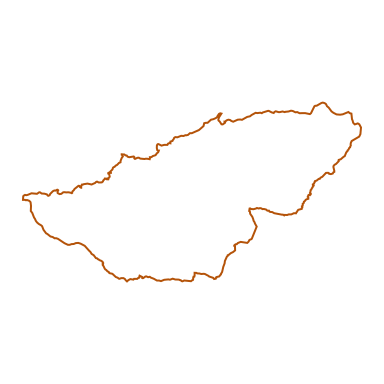 outline of Caineni, Vâlcea, Romania
{"feature_id": "2599482B74506560405437", "entity_name": "Caineni", "entity_type": "district", "adm_level": 2, "iso_a3": "ROU", "parent_name": "Romania", "parent_adm1": "Vâlcea", "projection": "equal_earth", "projection_center": [24.304, 45.515], "detail": "fine", "context": "isolated", "style": "outline", "palette": "amber", "viewbox_px": 384, "rotation_deg": 0, "n_neighbors": 0, "source": "geoboundaries", "source_scale": "gbopen_adm2", "svg_char_len": 6032}
<svg xmlns="http://www.w3.org/2000/svg" viewBox="0 0 384 384"><path d="M214.1,279.0L215.7,278.7L215.8,278.0L216.3,277.8L216.4,277.1L219.3,276.4L220.1,275.2L220.9,274.5L220.9,274.0L222.1,272.0L223.3,266.8L224.6,263.4L224.9,261.0L226.9,256.6L227.8,255.8L227.8,255.2L228.7,254.9L230.7,253.2L233.0,252.1L235.1,250.4L235.0,246.2L234.2,245.8L234.5,245.1L235.6,244.3L236.7,244.2L237.9,243.0L240.7,241.9L247.3,242.9L248.5,241.7L249.5,239.9L251.5,239.1L251.9,238.5L256.7,226.6L254.9,223.4L254.6,222.3L253.6,220.8L253.2,219.1L252.3,216.8L250.2,213.8L249.9,211.6L249.7,211.0L249.2,210.9L249.6,208.5L250.1,208.4L251.1,209.0L253.4,209.2L255.8,208.6L256.9,208.0L258.8,208.5L260.0,208.1L261.4,208.4L262.4,209.1L263.9,209.0L266.0,209.5L267.4,210.7L269.0,210.7L269.4,211.5L270.1,211.9L272.3,212.1L274.2,213.2L282.1,214.7L282.9,214.6L284.2,215.4L284.7,214.9L287.2,215.0L288.7,214.4L291.3,214.4L293.9,213.2L296.0,213.3L296.5,212.2L297.1,211.7L297.6,210.6L298.3,209.8L301.7,208.9L301.7,208.2L302.3,207.6L301.9,206.3L302.7,205.7L302.6,205.1L302.8,204.6L302.7,203.8L303.8,202.9L303.9,201.7L304.8,201.1L305.7,199.8L306.8,199.2L308.3,198.8L308.3,197.5L307.7,196.9L308.5,195.0L309.3,194.7L309.9,195.2L310.7,194.4L310.8,193.7L310.0,192.8L310.4,191.9L310.6,190.2L311.3,189.6L311.8,188.3L312.6,187.4L312.8,186.4L313.6,185.7L312.8,184.8L312.8,184.4L314.1,183.6L314.4,182.2L314.9,181.9L315.0,181.1L316.6,180.6L318.7,178.9L319.7,178.9L320.5,177.7L322.3,176.8L326.0,172.9L328.1,172.8L328.7,173.0L329.1,173.8L330.9,174.1L332.8,173.5L333.3,172.4L334.3,171.9L334.3,170.8L333.4,167.0L333.5,166.1L334.5,164.8L336.1,163.9L338.7,161.2L338.5,160.7L338.7,159.9L340.7,159.3L343.7,156.7L344.7,156.2L346.3,152.3L347.5,151.1L347.5,150.5L348.5,149.6L349.2,148.0L350.1,147.3L350.1,146.8L350.8,145.4L350.6,144.2L350.9,142.7L351.7,141.0L359.2,136.6L360.4,134.1L361.0,127.5L359.3,124.3L357.8,123.4L354.8,124.4L353.5,123.2L353.1,122.5L352.6,120.5L352.0,119.2L351.4,113.6L349.8,113.2L348.4,112.0L342.8,114.3L340.1,114.7L336.5,114.4L333.4,112.8L331.5,111.4L328.7,107.6L327.0,106.2L326.0,104.1L324.6,103.1L322.8,102.6L321.4,103.0L316.7,105.7L315.2,105.8L314.4,106.3L311.0,113.2L309.9,114.1L305.0,113.1L299.5,113.2L297.3,112.1L295.4,112.3L292.8,111.0L291.0,110.7L288.5,111.5L285.5,111.8L284.8,112.1L282.5,111.5L279.9,112.1L278.5,112.1L275.8,111.3L274.5,111.9L273.7,113.0L271.7,112.4L268.8,110.9L267.9,110.9L262.7,112.5L261.8,113.2L260.3,112.7L257.3,113.1L255.6,112.8L251.6,115.0L250.0,116.3L247.2,116.9L242.0,119.8L240.2,119.5L237.7,119.7L233.2,121.7L231.2,120.9L230.3,120.1L228.6,119.7L227.3,120.0L226.0,120.8L225.4,121.7L224.5,121.6L224.5,121.9L225.1,122.3L225.0,122.8L222.7,124.4L221.5,124.3L219.6,121.4L218.7,120.7L218.4,120.2L218.4,119.2L219.1,117.2L221.4,113.6L220.2,113.3L219.0,113.9L217.5,116.1L217.2,117.0L215.8,118.1L213.3,119.2L211.0,119.7L207.6,122.8L205.9,122.8L204.2,123.2L203.5,126.1L199.0,130.0L191.8,133.2L189.9,133.2L188.0,134.9L186.4,135.3L185.4,135.2L183.5,136.0L181.2,135.8L177.4,137.3L175.3,137.1L174.2,137.8L173.5,139.4L172.7,140.2L172.5,140.9L170.4,141.6L170.4,143.3L169.3,143.1L168.1,143.6L167.4,144.9L164.1,144.9L161.5,145.6L158.5,144.1L157.7,144.2L157.3,144.6L156.9,145.5L156.8,148.0L157.3,150.2L158.1,150.6L158.8,150.6L158.4,151.8L158.0,152.4L156.6,153.5L156.3,154.2L155.5,155.2L152.7,156.1L151.5,157.1L149.9,157.2L150.0,158.0L149.7,159.2L147.7,158.8L145.9,158.7L144.5,159.0L140.3,158.6L138.8,157.7L137.4,157.8L135.0,158.9L134.3,158.4L134.3,157.1L133.7,156.5L129.2,157.2L127.6,156.7L126.7,155.5L125.5,155.4L124.4,154.5L121.7,154.3L121.7,154.8L122.5,155.3L122.5,156.0L122.8,156.5L121.7,158.0L120.6,160.8L120.5,162.3L119.0,162.9L117.1,164.9L115.7,165.6L114.6,166.8L113.4,167.3L112.9,167.9L112.5,169.4L110.4,171.5L110.5,172.0L110.9,172.5L110.9,172.9L109.9,172.9L109.2,172.5L108.2,173.1L108.3,173.7L109.2,174.1L109.7,176.6L109.5,177.1L108.7,177.9L108.3,179.3L108.0,179.3L107.8,178.5L107.5,178.4L107.1,178.5L107.1,179.2L106.8,179.3L105.3,178.5L104.8,178.5L104.5,179.3L103.3,180.4L102.9,181.5L101.8,182.4L98.8,182.5L97.0,181.6L95.9,182.1L95.2,182.9L91.6,184.5L87.5,183.6L83.7,184.2L82.7,184.7L82.1,184.5L81.3,185.6L81.2,187.7L80.7,187.6L79.9,187.0L79.3,185.9L78.5,185.8L74.5,189.0L73.8,190.2L72.5,191.4L72.2,192.2L72.2,192.9L71.8,193.2L70.5,192.7L68.6,192.3L66.2,192.4L64.4,192.2L63.2,192.3L61.4,193.8L59.6,194.1L57.7,193.1L57.5,191.9L58.2,190.3L57.7,189.8L57.2,189.7L55.5,190.6L54.3,190.5L52.9,191.2L50.2,193.9L49.6,195.2L48.4,195.8L47.8,195.6L46.9,194.4L44.5,193.7L41.6,193.5L40.1,192.4L39.2,192.3L37.0,193.8L31.5,193.3L27.6,194.9L26.2,195.2L25.0,194.9L23.5,195.8L23.2,196.6L23.0,199.9L25.1,199.9L26.0,200.3L26.9,200.0L29.0,200.7L30.3,201.8L30.6,202.5L31.0,205.9L30.8,211.0L32.3,213.0L34.0,217.4L35.1,219.1L35.8,220.8L37.0,222.4L38.7,223.9L41.1,225.3L42.1,226.2L43.5,229.8L46.1,233.3L47.4,234.0L50.5,236.5L52.7,237.0L54.6,238.3L56.1,238.2L57.9,238.8L64.5,243.2L67.9,244.8L69.7,244.8L71.6,244.1L73.7,244.0L75.8,243.1L78.3,242.9L80.7,243.7L84.7,245.8L89.1,250.7L90.4,251.9L91.6,253.9L93.7,255.2L95.9,258.1L97.2,258.4L97.9,259.2L98.6,259.4L99.4,260.1L101.2,260.8L102.5,261.7L103.2,263.0L103.1,263.8L102.7,263.6L102.7,265.0L103.6,266.2L104.7,268.6L105.3,269.4L106.3,270.0L107.4,271.3L108.7,271.9L108.9,272.6L109.7,273.2L112.4,273.8L115.8,277.0L117.6,277.7L118.9,278.7L119.5,278.8L121.3,278.1L123.4,278.1L124.9,279.0L125.7,280.2L127.0,281.4L128.3,280.2L130.3,279.1L133.4,279.6L134.0,278.9L137.2,278.9L138.3,277.9L139.1,277.7L139.2,277.2L139.5,277.2L139.7,276.9L139.5,276.0L139.6,275.7L142.2,277.0L142.5,277.6L142.3,278.0L142.7,278.2L143.2,278.1L145.4,276.5L146.4,276.4L148.1,277.2L149.8,276.8L150.8,277.6L153.7,278.7L156.9,280.5L159.0,280.5L161.0,281.1L164.2,279.8L168.3,279.4L170.0,279.7L172.7,278.7L175.3,279.5L178.9,279.6L179.9,280.1L180.6,280.1L181.6,281.1L182.5,281.3L184.2,280.5L191.0,281.2L192.2,280.2L192.8,280.1L193.1,279.6L193.2,277.7L193.5,276.7L194.3,276.7L194.6,275.7L194.6,272.8L196.5,272.9L197.2,273.4L199.4,273.5L201.3,274.0L203.8,273.8L204.9,274.0L208.5,275.9L209.1,276.5L213.1,277.8L214.1,279.0Z" fill="none" stroke="#b45309" stroke-width="2"/></svg>